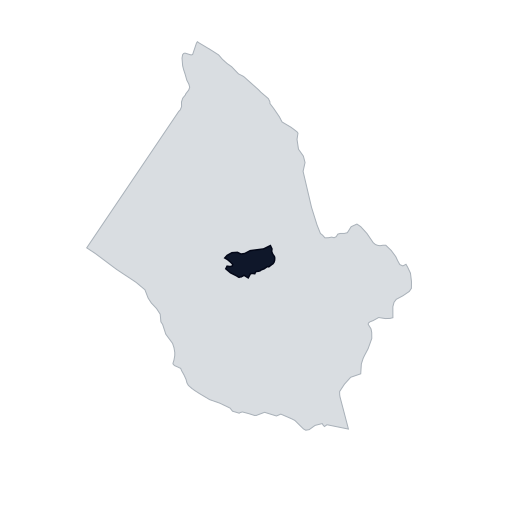 Uganda, with Nakasongola highlighted, rotated 124°
{"feature_id": "UGA-3090", "entity_name": "Nakasongola", "entity_type": "District", "adm_level": 1, "iso_a3": "UGA", "parent_name": "Uganda", "parent_adm1": "", "projection": "robinson", "projection_center": [32.471, 1.323], "detail": "fine", "context": "in_parent", "style": "filled", "palette": "ink", "viewbox_px": 512, "rotation_deg": 124, "n_neighbors": 0, "source": "natural_earth", "source_scale": "10m", "svg_char_len": 2991}
<svg xmlns="http://www.w3.org/2000/svg" viewBox="0 0 512 512"><g transform="rotate(124 256 256)"><path d="M343.9,400.9L338.0,400.9L328.5,400.9L318.9,400.9L309.3,400.9L299.8,400.9L290.2,400.9L280.6,400.9L271.1,400.9L261.5,400.9L251.9,400.9L242.4,400.9L232.8,400.9L223.2,400.9L213.7,400.9L204.1,400.9L194.5,400.9L184.9,400.9L179.3,400.9L178.2,400.7L177.4,400.5L173.8,401.2L170.0,403.9L166.1,405.0L161.8,404.6L161.3,404.9L159.1,404.8L156.0,404.6L153.2,405.3L151.1,407.7L148.9,411.7L145.0,416.3L141.9,420.3L139.3,423.2L133.3,428.0L130.1,429.4L128.5,429.2L127.5,428.3L125.6,422.2L124.4,421.2L112.8,424.4L111.1,424.4L111.2,422.5L110.4,408.2L110.2,399.4L111.7,393.9L112.6,387.6L112.7,382.0L114.8,372.4L114.1,366.7L116.8,346.7L117.5,343.5L118.6,333.8L120.3,330.8L121.8,329.7L123.8,323.8L127.6,314.3L130.3,309.4L129.7,298.7L130.1,291.5L130.7,289.9L136.4,287.2L143.7,280.5L146.7,272.6L151.1,267.6L159.5,264.3L184.6,237.2L196.2,222.7L201.3,215.2L201.5,212.5L202.4,209.0L200.4,206.2L198.0,203.8L197.2,201.5L195.1,200.3L192.1,200.4L190.1,198.7L187.9,195.4L185.6,193.3L178.5,193.5L173.1,190.2L173.1,185.6L175.3,176.6L179.4,166.3L179.7,163.4L179.1,161.0L178.1,158.9L176.2,156.9L174.5,154.4L175.8,147.0L178.4,139.7L180.6,136.1L182.7,132.0L182.1,128.7L179.0,127.0L180.6,123.8L183.9,118.3L190.3,112.8L195.9,109.1L199.6,109.1L206.9,112.0L213.5,115.5L217.1,115.7L221.5,114.2L230.6,108.0L232.8,110.0L235.5,113.7L238.4,119.9L244.1,122.8L246.8,124.7L248.8,125.3L249.9,124.8L252.1,119.9L254.7,117.3L259.6,113.9L270.3,111.2L277.9,110.4L281.1,109.9L286.6,108.3L295.1,103.3L303.6,109.7L312.7,111.0L321.6,110.9L324.3,109.0L325.9,107.5L335.2,96.9L347.8,82.6L356.2,102.8L359.1,103.9L358.7,105.7L357.9,107.4L363.4,112.3L370.2,114.8L372.6,117.3L372.8,120.0L370.6,131.8L371.0,135.2L373.2,147.0L377.2,149.6L380.8,161.5L388.0,166.6L389.0,168.0L390.7,173.8L392.9,180.1L394.7,181.6L395.7,182.0L397.8,188.7L396.6,192.4L398.3,203.9L401.0,214.1L401.7,226.3L401.8,231.7L401.7,235.0L401.1,239.7L399.8,242.3L397.5,244.9L394.9,249.1L392.7,253.5L391.3,255.6L392.4,262.2L392.1,264.0L391.5,264.8L388.2,265.8L384.1,267.6L381.5,269.3L377.9,272.7L375.1,276.3L371.3,287.0L364.9,295.2L363.8,298.0L357.8,302.9L355.2,309.0L353.5,316.5L351.2,321.9L346.1,329.2L344.9,340.9L345.1,364.1L343.8,390.5L343.9,400.9Z" fill="#d9dde1" stroke="#a8b0b8" stroke-width="1"/><path d="M251.0,237.6L252.9,237.6L254.1,238.1L257.8,239.3L258.6,240.8L262.1,242.1L264.6,243.9L265.9,244.3L267.1,245.2L268.7,247.1L269.8,247.4L271.4,247.1L272.4,249.1L273.8,250.7L278.5,250.2L278.7,255.2L280.2,255.8L281.2,256.5L281.8,256.7L282.2,257.6L282.7,257.8L283.1,258.0L283.3,258.7L283.3,259.5L283.3,260.3L283.4,261.6L284.2,267.7L283.5,273.9L280.6,274.3L279.3,271.7L277.8,270.1L275.9,270.6L275.3,273.9L274.9,277.7L275.1,280.8L271.6,280.3L266.7,277.8L263.3,273.4L262.8,269.6L260.2,266.7L254.8,263.8L245.9,253.7L239.3,249.9L241.2,246.7L242.5,246.1L243.7,245.3L245.2,243.0L246.1,240.5L247.1,239.4L249.1,238.2L251.0,237.6Z" fill="#0f172a" stroke="#020617" stroke-width="1.5"/></g></svg>